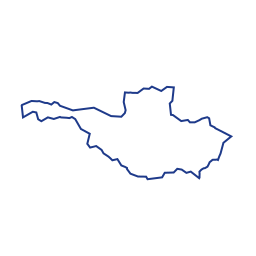 Ukanafun, Akwa Ibom, Nigeria (Robinson projection), rotated 232°
{"feature_id": "59680162B24434385919413", "entity_name": "Ukanafun", "entity_type": "district", "adm_level": 2, "iso_a3": "NGA", "parent_name": "Nigeria", "parent_adm1": "Akwa Ibom", "projection": "robinson", "projection_center": [7.61, 4.901], "detail": "fine", "context": "isolated", "style": "outline", "palette": "blue", "viewbox_px": 256, "rotation_deg": 232, "n_neighbors": 0, "source": "geoboundaries", "source_scale": "gbopen_adm2", "svg_char_len": 1377}
<svg xmlns="http://www.w3.org/2000/svg" viewBox="0 0 256 256"><g transform="rotate(232 128 128)"><path d="M186.7,63.9L185.7,71.4L180.8,75.1L178.6,81.2L177.6,81.7L173.9,85.9L171.9,87.9L171.2,90.6L167.5,91.9L156.2,90.3L147.0,94.3L140.6,86.2L135.9,86.1L133.4,91.8L127.0,93.7L123.1,93.1L117.5,95.0L115.3,95.4L112.2,95.8L110.0,100.5L102.6,99.7L99.2,101.7L97.1,102.6L96.1,101.9L94.2,101.9L90.5,101.8L83.6,106.0L78.5,112.3L75.6,111.9L68.1,124.5L70.1,129.4L64.8,136.6L65.5,141.7L62.2,144.7L56.7,146.4L55.0,150.6L44.6,153.2L44.9,153.8L46.4,155.0L47.8,156.2L49.6,157.4L50.0,160.3L49.7,162.7L49.0,163.9L48.6,166.8L49.7,169.3L50.8,171.3L50.8,173.3L50.9,175.0L50.1,176.2L49.1,177.4L48.4,178.7L47.4,179.2L49.4,182.4L50.9,185.2L57.6,194.1L57.8,204.2L60.2,203.1L74.2,196.6L75.1,196.7L79.4,194.6L85.7,197.9L87.7,197.1L89.9,191.9L90.2,189.1L91.4,184.0L94.3,180.3L97.5,180.1L100.7,174.2L110.5,171.4L111.9,170.0L121.6,176.0L122.1,179.7L131.8,189.1L136.4,184.0L136.7,177.0L145.9,172.3L145.9,168.7L149.5,164.6L149.7,157.2L153.0,153.1L154.5,151.7L155.5,150.1L157.9,147.5L151.1,140.6L143.5,137.1L141.7,134.7L141.0,129.7L147.8,122.0L165.0,113.6L174.7,97.3L175.8,95.4L187.4,88.1L190.9,88.0L193.8,85.9L193.7,82.0L197.3,79.9L198.9,78.0L203.8,74.7L205.0,72.8L208.7,68.6L211.4,58.6L211.2,58.1L201.0,51.8L199.4,63.0L196.7,65.3L190.2,62.6L186.7,63.9Z" fill="none" stroke="#1e3a8a" stroke-width="2"/></g></svg>